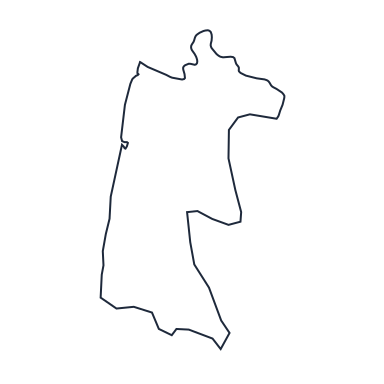 Atsimo-Atsinanana, Albers equal-area conic projection, rotated 174°
{"feature_id": "MDG-5867", "entity_name": "Atsimo-Atsinanana", "entity_type": "Autonomous Province", "adm_level": 1, "iso_a3": "MDG", "parent_name": "Madagascar", "parent_adm1": "", "projection": "albers", "projection_center": [47.076, -23.231], "detail": "fine", "context": "isolated", "style": "outline", "palette": "slate", "viewbox_px": 384, "rotation_deg": 174, "n_neighbors": 0, "source": "natural_earth", "source_scale": "10m", "svg_char_len": 1906}
<svg xmlns="http://www.w3.org/2000/svg" viewBox="0 0 384 384"><g transform="rotate(174 192 192)"><path d="M293.9,96.5L290.4,119.2L287.7,128.3L286.9,142.5L282.1,159.2L276.8,174.0L273.3,195.9L256.7,246.3L255.1,244.2L254.4,242.5L253.6,242.1L252.0,244.2L250.6,247.5L251.5,248.4L253.8,248.6L256.2,249.9L256.8,253.8L249.6,285.7L242.0,306.0L239.6,310.4L238.6,311.3L236.4,312.8L235.7,313.4L235.4,313.4L234.0,313.9L233.8,313.9L232.9,314.7L233.2,315.1L233.8,315.6L233.8,316.5L233.8,316.8L232.9,320.7L230.5,325.7L230.1,326.7L229.9,326.6L223.0,321.0L205.4,311.2L201.8,308.8L199.9,307.8L190.1,304.9L188.0,305.2L187.1,306.1L187.1,310.0L187.9,314.6L187.9,315.8L187.7,316.9L186.9,317.9L185.6,318.8L181.8,319.9L180.0,319.6L175.9,318.2L174.5,318.6L173.5,319.7L173.1,321.3L173.1,322.9L173.4,324.6L173.8,326.2L175.0,329.1L177.2,333.0L177.7,334.5L177.8,336.0L177.5,337.5L176.7,338.8L174.8,341.1L174.1,342.4L172.9,345.3L172.2,346.5L171.2,347.6L170.1,348.3L167.7,349.6L163.8,350.9L161.8,351.2L159.3,351.2L157.8,350.5L156.7,349.3L156.3,347.9L156.0,346.3L156.1,343.7L156.7,340.5L157.8,337.5L158.1,336.0L157.9,334.4L157.4,333.0L153.3,326.8L152.3,325.7L151.1,324.6L149.7,323.6L147.1,322.7L139.5,322.5L137.1,321.9L135.8,320.7L134.9,315.8L134.4,314.3L132.8,311.9L132.4,310.6L132.8,307.8L132.7,307.2L132.1,306.3L131.2,305.3L126.2,302.1L115.8,298.3L108.1,296.4L106.6,295.7L105.3,295.0L104.3,294.0L103.5,292.7L102.2,289.8L101.3,288.6L100.2,287.7L97.2,285.7L92.1,281.5L90.8,279.6L90.1,278.1L90.2,276.8L90.6,275.3L92.8,269.3L95.7,263.9L97.6,259.5L98.3,258.2L100.2,256.0L126.3,263.2L138.4,261.3L148.8,249.9L152.2,221.6L148.7,189.5L145.2,166.9L146.9,157.4L159.1,155.5L174.7,163.1L188.6,172.5L199.0,172.5L199.0,161.2L199.0,142.3L197.3,119.7L185.1,95.1L176.4,61.1L169.4,47.9L179.9,32.8L186.9,44.1L209.6,55.5L221.8,57.4L227.1,51.7L239.3,59.3L244.4,76.3L261.9,83.9L279.3,84.0L293.9,96.5Z" fill="none" stroke="#1e293b" stroke-width="2"/></g></svg>